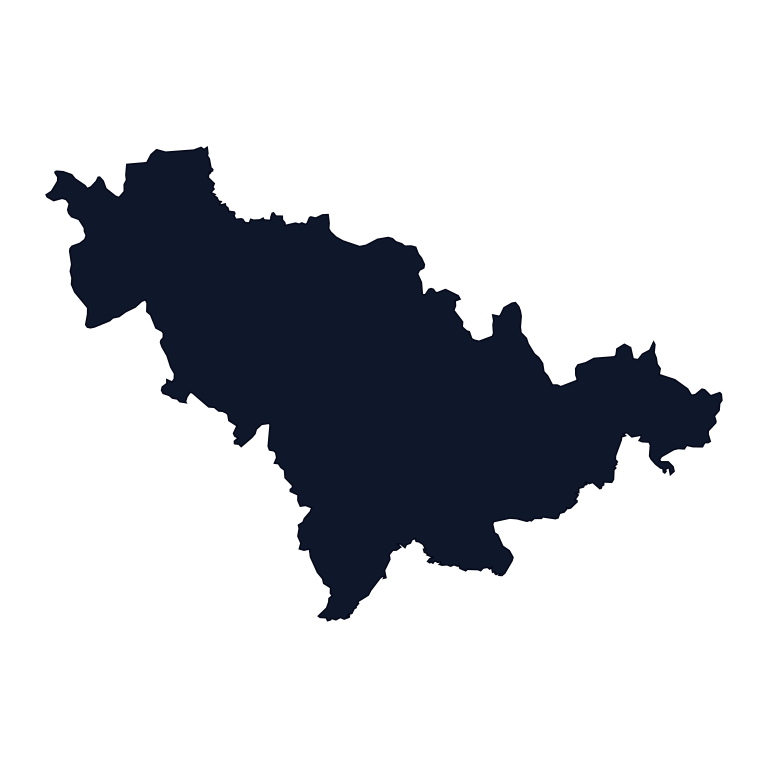 map outline of Jilin (Robinson projection)
{"feature_id": "CHN-1828", "entity_name": "Jilin", "entity_type": "Province", "adm_level": 1, "iso_a3": "CHN", "parent_name": "China", "parent_adm1": "", "projection": "robinson", "projection_center": [126.245, 43.576], "detail": "fine", "context": "isolated", "style": "filled", "palette": "ink", "viewbox_px": 768, "rotation_deg": 0, "n_neighbors": 0, "source": "natural_earth", "source_scale": "10m", "svg_char_len": 6088}
<svg xmlns="http://www.w3.org/2000/svg" viewBox="0 0 768 768"><path d="M719.8,392.6L721.3,394.2L721.9,400.4L719.7,403.5L719.1,410.4L714.4,416.0L716.0,421.4L715.6,423.0L708.3,430.8L708.1,434.2L710.3,441.4L708.2,442.6L704.7,442.7L702.5,446.8L692.9,446.7L686.7,445.3L684.3,448.9L678.3,448.5L673.8,449.6L661.3,456.7L659.4,460.1L661.1,461.8L668.2,461.8L673.1,466.7L674.1,471.3L670.4,474.6L669.3,468.6L668.2,467.6L664.9,469.9L666.1,471.2L664.8,473.0L663.3,471.9L663.0,468.6L660.5,468.0L655.6,464.2L651.1,459.1L649.6,456.0L650.4,445.2L649.1,442.1L642.1,441.7L639.1,440.5L641.3,437.1L640.6,435.2L631.8,436.9L627.3,432.9L625.6,432.9L623.5,433.9L625.5,435.7L621.6,436.9L621.3,439.9L615.5,455.8L615.3,459.5L617.4,461.8L616.4,463.2L616.7,464.4L614.2,466.0L615.8,468.0L613.9,469.9L613.5,479.4L611.8,482.3L603.8,481.9L603.6,485.0L601.9,485.7L601.3,488.1L599.9,488.7L592.7,482.4L589.3,483.6L586.0,482.1L586.9,484.2L585.9,484.8L585.0,483.7L583.5,487.0L578.7,488.3L578.8,492.7L575.8,493.2L578.2,495.0L574.9,499.8L576.9,500.5L577.1,501.8L570.7,508.0L568.5,508.5L566.8,507.6L566.7,509.1L564.1,512.1L559.7,513.3L558.0,517.9L555.4,518.7L542.4,516.8L541.6,518.4L534.4,518.4L531.3,520.9L529.8,520.3L526.9,521.3L517.0,518.7L509.8,518.1L493.6,521.6L492.6,524.1L494.6,532.9L497.7,534.8L502.7,546.2L509.3,550.7L513.0,557.4L512.0,560.8L504.8,573.1L502.0,575.5L499.0,575.3L500.0,574.0L499.0,573.5L496.1,574.5L494.9,573.6L495.2,571.6L492.6,572.3L491.6,567.3L489.7,569.1L487.5,567.3L483.1,568.1L480.7,570.7L478.0,569.6L467.4,569.3L465.7,570.8L460.0,568.4L458.9,565.5L457.6,566.1L454.0,564.8L450.6,566.2L447.2,564.8L441.9,565.2L439.3,564.3L440.8,563.1L440.2,562.0L437.5,562.3L434.9,560.7L432.9,563.2L431.2,562.0L429.7,562.8L427.6,561.4L429.8,558.7L432.9,557.3L427.0,554.9L427.5,553.7L424.3,552.2L423.5,549.2L425.5,548.9L423.1,544.4L418.7,541.7L416.2,541.4L415.0,538.4L412.0,539.8L410.4,543.1L406.4,544.6L405.0,547.6L400.6,544.0L397.2,544.1L400.7,547.1L396.5,550.1L392.8,550.2L389.2,554.7L389.9,559.3L384.5,570.4L386.0,577.7L383.6,578.3L384.5,576.4L382.5,576.4L380.2,578.0L370.8,590.3L368.3,595.1L357.5,601.8L358.6,603.4L355.9,606.5L356.1,607.6L354.1,608.7L351.9,613.3L348.1,614.7L347.3,616.0L349.4,615.9L349.2,617.2L344.1,619.1L340.4,617.4L335.9,619.8L331.5,618.4L330.5,619.9L327.5,620.7L326.3,617.8L320.0,617.4L318.3,616.1L326.6,608.1L328.8,602.0L329.0,598.4L332.2,595.8L330.4,593.1L330.6,587.7L323.7,583.4L322.6,578.6L317.5,572.5L310.5,557.0L309.5,549.0L304.0,550.2L299.3,548.9L300.9,543.1L297.9,536.2L299.2,528.4L298.4,525.1L303.0,522.2L304.4,518.5L310.2,511.8L311.8,507.8L305.5,505.4L300.3,506.2L297.9,500.5L298.0,494.9L290.3,491.4L290.3,489.4L292.2,488.0L292.6,485.5L285.1,477.8L284.5,470.1L280.8,467.4L278.5,463.7L274.4,463.2L276.7,457.7L275.7,452.7L273.9,450.8L269.5,450.0L268.2,446.3L270.1,424.7L269.1,423.3L261.6,424.4L256.3,429.2L255.0,433.7L252.0,437.3L241.2,446.6L238.9,444.2L234.5,443.7L234.4,441.2L238.2,438.0L234.7,436.1L233.5,433.4L237.0,425.8L228.9,420.6L227.9,414.7L226.5,413.1L222.5,411.2L218.7,411.0L214.3,407.3L208.7,406.9L192.3,392.8L190.0,392.3L187.0,396.8L185.5,401.4L186.2,402.7L179.8,401.7L177.3,399.0L172.4,398.1L169.2,395.4L163.1,393.4L161.5,390.3L162.3,386.9L166.9,383.5L166.8,379.6L172.1,382.1L174.3,379.0L174.5,373.6L170.7,367.0L167.1,355.8L162.0,346.8L160.5,342.5L160.9,340.4L163.3,337.7L163.3,333.0L161.9,331.2L155.9,328.0L150.6,314.8L146.8,311.6L147.1,303.0L145.4,299.7L141.6,301.3L135.2,307.1L125.8,311.7L119.0,316.6L112.8,317.9L109.7,320.7L94.3,327.0L90.4,327.8L87.3,327.1L85.7,324.7L87.6,314.3L87.7,307.8L74.7,292.0L71.5,284.4L72.0,278.1L70.3,271.3L71.7,264.5L69.7,251.0L70.1,248.6L72.0,246.2L79.8,243.4L84.8,239.5L86.2,235.4L84.4,231.1L84.4,228.0L78.9,219.4L71.5,216.7L68.7,213.1L67.7,209.8L69.3,203.8L66.2,199.5L62.1,198.3L53.6,200.6L47.2,197.0L46.1,194.8L51.5,191.3L57.6,181.3L57.8,177.0L55.0,172.8L55.3,171.6L56.8,171.2L63.1,171.7L71.7,174.7L75.0,178.8L84.9,185.5L87.3,188.6L91.1,186.8L96.4,181.1L98.1,177.3L99.7,177.1L103.2,181.0L106.0,188.7L115.5,196.2L119.0,197.5L124.3,191.4L124.2,184.5L126.5,180.0L125.9,175.0L126.8,164.4L146.7,162.7L151.1,154.5L156.6,149.7L165.6,152.2L193.8,150.1L201.1,147.4L203.9,149.5L207.2,147.3L207.9,153.2L207.4,155.9L209.3,158.8L210.9,167.7L212.8,169.5L212.5,170.9L209.6,172.0L210.5,172.8L208.6,174.4L208.3,177.7L214.3,183.6L212.8,187.1L214.1,189.0L210.8,192.5L215.1,194.5L213.7,195.6L217.0,197.5L218.5,201.1L221.2,201.6L219.5,204.2L220.1,205.1L225.3,203.9L225.5,206.0L227.9,207.9L228.8,211.3L234.2,212.0L234.9,213.4L234.0,215.8L235.8,219.3L241.4,218.8L242.9,219.4L244.6,222.3L247.9,223.0L249.5,222.6L250.7,219.3L253.6,220.2L260.0,219.9L263.1,218.1L264.0,219.9L269.6,220.4L271.0,219.4L270.8,217.3L272.2,213.3L273.5,212.8L275.9,216.1L282.3,216.2L282.4,219.8L284.9,222.8L285.1,225.5L295.6,223.1L299.2,224.2L301.8,222.9L305.5,224.4L307.1,223.5L309.5,217.6L310.8,216.9L315.7,218.1L322.5,214.9L328.1,214.6L329.1,223.0L328.7,228.6L330.6,231.9L335.9,237.0L342.8,240.9L359.6,246.6L366.1,245.3L377.6,239.3L388.2,237.5L392.5,238.7L395.9,241.8L401.8,243.8L404.7,246.2L411.2,246.0L415.7,247.2L418.3,254.0L421.5,258.1L424.4,264.5L423.8,267.9L419.4,270.2L417.6,274.0L421.4,282.3L422.3,293.9L423.2,294.9L425.4,294.6L428.9,289.3L431.3,288.6L433.5,289.4L435.1,292.0L437.1,292.8L445.5,289.5L458.2,295.7L460.1,299.1L455.2,300.9L455.5,305.8L453.8,310.3L462.6,321.9L462.2,326.9L466.7,331.0L469.3,331.7L471.7,338.7L474.1,340.1L479.1,341.3L492.5,336.3L493.6,333.1L493.0,324.9L493.7,320.9L492.7,314.9L499.1,316.3L500.4,315.3L504.0,307.7L511.9,303.2L515.4,302.6L518.8,306.8L520.3,311.1L521.2,316.1L520.3,327.0L521.0,332.7L526.4,338.3L528.1,343.7L534.3,353.9L538.7,357.6L542.6,363.5L543.8,371.6L547.7,376.0L552.4,385.0L557.2,385.0L560.8,386.7L576.3,380.7L577.3,379.3L575.8,375.0L575.7,368.5L577.9,364.9L585.9,362.7L594.0,358.4L614.6,356.8L616.1,354.9L616.9,348.9L624.4,344.3L630.6,347.6L633.1,358.8L638.1,359.7L642.5,354.0L649.8,350.2L653.6,342.0L654.9,344.6L654.1,352.5L656.2,357.8L657.2,364.3L660.2,368.5L659.2,374.6L674.8,379.7L687.6,388.9L691.4,395.3L695.4,394.6L702.0,389.1L704.8,389.9L710.7,395.8L719.8,392.6Z" fill="#0f172a" stroke="#020617" stroke-width="1.5"/></svg>